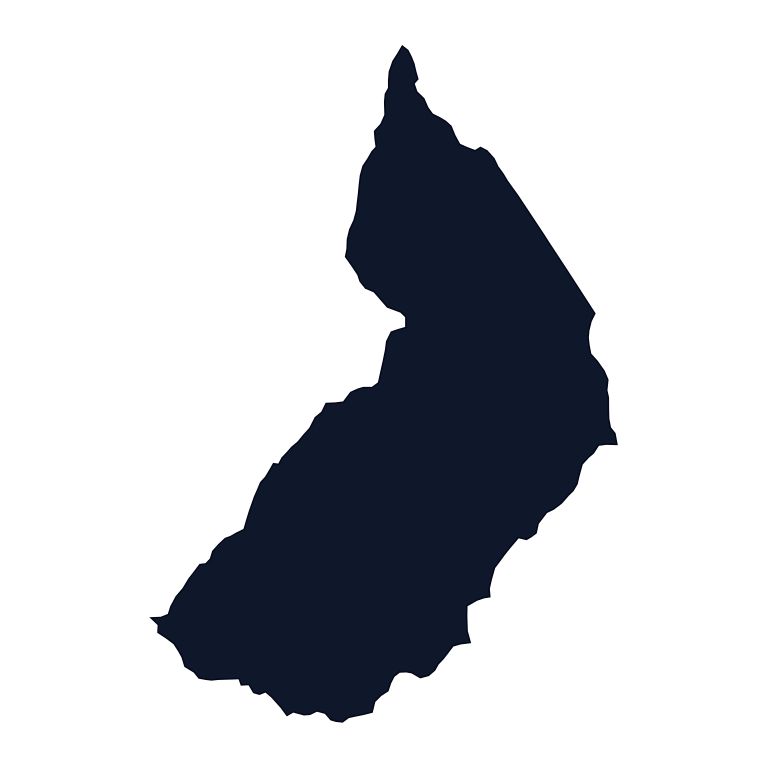 the district of Parapuã, São Paulo, Brazil
{"feature_id": "56859067B12520903769372", "entity_name": "Parapuã", "entity_type": "district", "adm_level": 2, "iso_a3": "BRA", "parent_name": "Brazil", "parent_adm1": "São Paulo", "projection": "equal_earth", "projection_center": [-50.833, -21.829], "detail": "fine", "context": "isolated", "style": "filled", "palette": "ink", "viewbox_px": 768, "rotation_deg": 0, "n_neighbors": 0, "source": "geoboundaries", "source_scale": "gbopen_adm2", "svg_char_len": 2625}
<svg xmlns="http://www.w3.org/2000/svg" viewBox="0 0 768 768"><path d="M561.5,503.0L568.5,495.0L573.1,490.5L577.1,483.7L578.7,476.5L582.1,464.1L588.4,457.2L593.3,453.1L598.5,445.1L606.3,444.1L616.9,444.4L614.9,433.5L610.3,427.7L608.6,418.7L608.4,409.9L608.3,397.5L606.7,390.3L607.8,379.8L604.1,371.1L597.1,361.2L590.6,354.0L588.9,344.9L588.1,337.7L588.7,330.6L591.0,321.2L594.8,313.5L567.2,270.8L548.6,242.5L543.5,234.5L517.6,195.4L507.5,181.4L503.0,173.9L497.8,166.7L494.0,158.7L486.9,150.8L480.5,147.5L475.1,150.8L466.5,147.5L459.6,144.4L454.7,135.4L451.0,126.3L445.6,121.4L439.8,117.9L432.4,114.2L427.7,107.7L423.8,98.7L416.7,91.8L413.9,83.5L417.8,79.0L415.7,71.7L413.9,63.9L411.2,57.0L407.9,50.5L402.3,46.1L397.7,54.0L393.0,61.3L389.4,71.7L388.7,80.4L388.7,88.1L385.4,94.1L384.7,102.0L385.1,114.9L380.9,124.4L374.6,131.2L375.2,139.1L376.3,147.1L372.1,151.6L367.9,158.9L363.1,166.1L360.5,175.5L359.4,185.0L358.5,194.4L357.4,203.4L356.6,210.9L354.0,220.5L349.8,229.5L347.5,239.1L347.1,249.2L345.6,256.7L351.6,265.1L357.9,274.6L360.2,281.4L365.6,288.1L374.1,291.7L380.9,299.5L387.4,307.0L393.9,309.4L400.8,312.0L405.9,316.9L405.9,327.5L398.3,329.7L391.3,332.1L386.7,341.5L385.6,350.2L383.3,361.5L380.9,372.2L378.6,382.8L372.1,387.6L363.4,387.6L358.0,389.2L350.7,392.5L343.5,402.1L335.7,403.1L326.1,403.5L321.9,412.2L315.4,417.5L309.8,428.4L303.9,434.9L298.0,442.1L291.8,447.3L287.0,452.8L282.1,457.9L278.7,464.4L273.5,463.7L270.1,469.7L265.6,477.2L260.7,482.5L258.0,489.0L254.5,497.0L249.5,511.3L246.7,520.4L244.1,529.5L236.5,533.2L230.6,536.6L225.3,538.5L218.8,544.6L212.8,551.3L210.5,559.0L205.8,563.9L199.9,564.6L194.8,571.4L188.9,579.0L183.2,588.5L176.2,596.7L170.9,606.6L168.4,614.5L161.0,617.5L151.1,617.9L158.4,624.8L158.0,632.4L166.1,637.7L174.0,643.6L178.7,650.9L182.1,657.0L185.0,666.4L194.2,672.0L199.0,678.0L205.7,679.2L211.5,679.9L218.3,679.2L232.0,678.8L239.1,678.5L241.3,684.9L249.0,684.5L253.7,692.5L259.4,694.2L265.6,691.7L271.7,696.9L281.3,707.6L287.0,715.4L293.2,711.8L303.9,714.7L309.9,714.3L316.9,710.9L325.3,713.2L330.9,719.7L336.0,721.2L342.5,721.9L348.5,717.4L355.4,715.9L363.4,714.3L372.1,712.1L374.6,701.6L380.8,695.4L387.9,690.8L390.5,683.0L393.9,676.3L399.5,672.0L406.2,671.7L411.9,672.7L420.3,677.6L428.5,675.4L434.6,670.2L438.1,664.0L443.1,658.7L447.1,653.6L452.9,645.9L460.6,643.7L470.2,642.5L467.1,631.2L466.6,616.2L466.8,605.8L476.7,600.1L484.0,597.6L489.8,596.7L489.1,588.8L491.1,579.8L494.5,567.7L499.7,560.8L504.0,554.9L509.4,548.1L518.4,537.5L526.5,539.4L531.2,536.6L536.1,532.9L538.1,523.5L546.6,512.4L553.6,509.0L561.5,503.0Z" fill="#0f172a" stroke="#020617" stroke-width="1.5"/></svg>